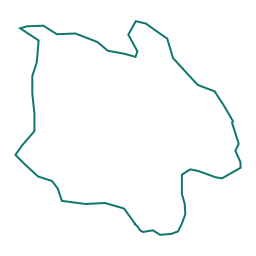 Lemona, Paphos, Cyprus (Robinson projection), rotated 270°
{"feature_id": "46923920B60992584913895", "entity_name": "Lemona", "entity_type": "district", "adm_level": 2, "iso_a3": "CYP", "parent_name": "Cyprus", "parent_adm1": "Paphos", "projection": "robinson", "projection_center": [32.562, 34.851], "detail": "fine", "context": "isolated", "style": "outline", "palette": "teal", "viewbox_px": 256, "rotation_deg": 270, "n_neighbors": 0, "source": "geoboundaries", "source_scale": "gbopen_adm2", "svg_char_len": 896}
<svg xmlns="http://www.w3.org/2000/svg" viewBox="0 0 256 256"><g transform="rotate(270 128 128)"><path d="M31.7,134.9L30.2,137.0L25.5,140.3L24.0,143.0L25.7,152.8L21.2,160.1L22.1,171.2L24.6,178.0L32.4,181.9L41.9,185.3L52.3,184.7L61.9,181.9L70.3,181.9L81.3,181.9L86.6,190.3L84.9,198.6L78.8,215.3L77.6,222.0L88.3,240.6L93.9,240.4L105.2,235.4L112.2,238.7L133.3,232.0L134.6,233.0L141.7,229.0L151.6,223.1L164.8,214.5L165.9,211.2L171.0,197.8L183.6,186.1L198.0,173.0L217.4,167.2L221.1,161.8L226.1,154.7L232.5,145.8L234.8,135.8L221.3,128.3L204.7,137.4L199.1,135.5L202.2,124.6L205.3,107.7L214.0,97.4L222.5,75.4L221.8,56.8L230.3,43.4L229.7,27.0L227.7,20.2L215.5,38.6L193.8,36.8L180.0,32.3L162.5,32.3L142.6,34.4L124.8,34.4L110.7,22.2L101.1,15.4L93.2,23.2L79.5,38.1L75.0,52.0L67.4,57.8L55.1,61.9L52.0,85.7L53.0,105.0L47.5,124.0L32.1,135.2L31.7,134.9Z" fill="none" stroke="#0f766e" stroke-width="2"/></g></svg>